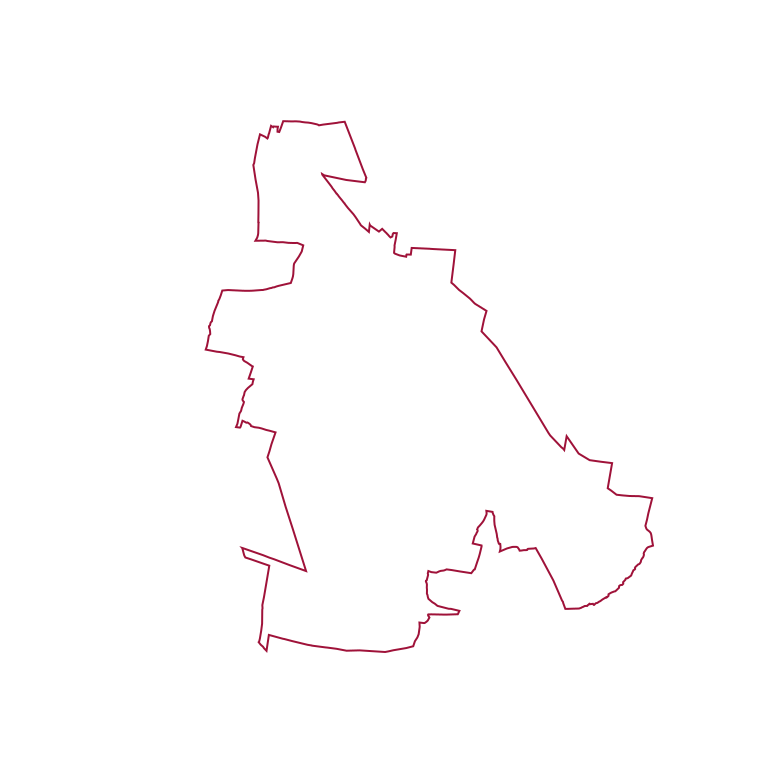 the district of San Pedro Cholula, Puebla, Mexico, rotated 249°
{"feature_id": "50627088B56415606246768", "entity_name": "San Pedro Cholula", "entity_type": "district", "adm_level": 2, "iso_a3": "MEX", "parent_name": "Mexico", "parent_adm1": "Puebla", "projection": "robinson", "projection_center": [-98.345, 19.072], "detail": "fine", "context": "isolated", "style": "outline", "palette": "rose", "viewbox_px": 768, "rotation_deg": 249, "n_neighbors": 0, "source": "geoboundaries", "source_scale": "gbopen_adm2", "svg_char_len": 6154}
<svg xmlns="http://www.w3.org/2000/svg" viewBox="0 0 768 768"><g transform="rotate(249 384 384)"><path d="M142.6,370.4L145.2,373.1L150.1,365.9L151.0,363.8L157.7,354.4L160.7,352.7L163.0,350.9L167.5,348.5L169.4,348.6L171.6,349.0L172.8,348.9L176.5,350.4L178.6,351.0L181.4,352.2L182.6,352.4L183.7,352.4L184.5,352.3L185.3,352.7L185.4,353.5L190.0,356.8L191.5,357.0L193.5,358.4L191.4,360.8L189.1,365.2L189.2,367.2L189.3,368.3L189.2,370.0L188.5,372.8L188.4,373.9L188.5,376.0L186.0,380.6L181.8,387.7L176.1,397.7L178.4,401.4L178.4,402.3L184.4,407.2L188.1,410.3L190.9,412.4L197.4,416.9L198.3,417.2L203.3,409.7L209.1,413.9L210.9,416.3L211.8,417.1L212.9,418.5L213.6,418.9L214.3,419.0L214.8,418.8L216.4,420.3L217.6,422.8L219.1,425.5L220.2,427.3L221.5,428.9L225.3,432.8L226.6,433.5L228.9,434.1L225.7,439.5L224.8,439.3L222.5,439.3L221.0,439.6L219.6,439.0L216.7,437.9L212.9,436.8L203.6,435.5L199.9,434.6L199.3,434.7L197.0,434.1L195.4,434.1L194.1,434.0L193.4,434.2L193.4,434.8L193.1,435.2L191.5,434.8L189.9,434.3L188.0,433.4L186.1,432.1L186.4,439.9L185.9,445.4L185.2,447.5L184.4,449.4L183.7,450.2L181.0,450.9L179.8,450.9L179.4,452.1L178.8,454.9L178.0,457.1L177.8,457.9L177.8,458.3L178.4,458.8L178.5,459.4L176.7,465.1L176.5,466.8L164.6,468.6L139.9,471.7L118.1,472.6L116.4,473.0L115.3,472.8L109.1,472.7L108.1,475.3L106.9,478.8L104.5,485.6L104.4,487.8L104.6,489.0L104.6,490.7L104.8,491.3L104.8,491.9L104.2,493.6L104.0,494.3L104.5,494.9L104.7,496.0L105.2,496.9L105.2,497.2L104.6,497.4L103.9,500.3L102.7,500.6L102.5,501.1L103.4,503.0L103.2,504.8L103.7,506.8L103.8,508.2L104.5,510.5L105.2,514.4L105.3,515.0L104.9,515.0L105.0,515.9L105.8,517.7L107.2,518.2L107.4,518.9L107.8,521.5L107.8,524.6L107.6,525.7L109.5,530.3L111.1,531.1L111.4,531.9L111.5,532.8L111.3,533.6L111.1,534.5L111.8,535.8L113.3,536.2L114.7,539.1L115.7,540.0L115.6,540.7L115.4,541.9L116.6,546.1L118.2,547.5L119.9,549.3L120.7,550.0L121.0,551.6L121.4,552.2L122.3,552.3L123.1,553.2L124.0,555.5L124.4,556.3L124.5,558.0L125.1,559.0L125.9,560.0L127.5,561.0L128.9,562.8L129.2,563.6L130.6,564.9L131.5,565.5L132.7,565.7L133.8,566.6L134.3,567.4L136.2,570.0L136.7,570.9L137.0,571.9L137.0,573.2L136.7,577.2L142.2,578.3L146.1,579.2L147.7,579.5L149.2,579.6L150.9,579.1L154.0,577.3L155.1,577.1L157.9,577.2L163.2,581.0L168.5,584.4L181.3,593.5L187.8,582.1L191.4,573.2L194.5,566.8L197.3,561.4L203.2,557.8L206.5,555.5L228.4,568.6L233.6,558.8L239.2,548.7L249.3,540.8L269.8,535.8L257.8,528.6L259.6,528.0L261.4,526.9L276.4,520.7L279.4,520.0L340.8,509.1L360.7,505.3L377.9,502.2L398.2,493.9L408.4,500.5L415.5,505.9L426.2,497.8L427.6,497.1L431.0,495.7L433.0,494.8L440.5,490.5L444.9,487.8L451.4,484.9L454.5,483.2L471.0,492.0L483.4,498.5L492.1,478.9L493.7,475.4L493.8,475.3L501.1,458.6L495.2,455.4L496.8,451.5L496.7,451.3L494.9,450.3L498.4,444.7L501.7,441.0L502.8,440.4L503.1,440.5L508.1,443.0L509.6,443.5L514.5,446.6L520.2,450.0L521.5,447.0L521.3,446.8L520.9,446.0L518.7,444.6L518.5,442.6L520.0,441.9L522.5,441.0L523.0,440.7L524.0,440.4L524.7,440.0L529.5,437.9L528.1,433.9L536.9,427.9L537.9,427.8L531.4,424.4L535.9,422.0L540.1,419.5L540.9,419.2L541.8,419.1L550.2,417.2L553.5,416.3L561.3,413.4L566.2,411.9L566.6,412.0L567.3,411.6L571.3,410.4L572.7,409.9L575.8,408.9L576.9,408.7L577.7,408.3L578.5,408.2L578.7,407.9L581.9,407.1L585.1,406.1L586.8,405.8L592.3,404.2L601.6,401.4L602.2,401.5L600.2,403.0L588.0,421.9L579.2,438.4L580.2,439.6L581.4,440.4L582.4,440.8L582.8,441.4L592.2,441.2L613.1,441.3L614.0,441.4L642.9,441.3L644.4,435.4L644.6,433.9L645.9,428.6L648.0,420.1L648.8,416.0L649.1,415.9L650.4,414.5L653.6,409.7L655.2,406.9L656.5,404.1L657.9,401.5L659.1,399.6L660.8,395.9L662.2,392.0L665.5,384.1L660.2,379.6L656.8,376.5L657.7,375.0L660.4,376.1L662.2,377.2L662.9,375.5L664.0,373.2L663.9,372.9L663.5,372.5L665.5,371.1L659.0,366.4L658.6,365.9L655.5,363.8L655.0,363.1L657.4,361.6L661.5,357.7L653.1,351.8L641.1,344.4L636.7,341.9L635.3,340.5L621.1,337.4L607.7,334.9L600.2,332.6L587.7,327.7L580.0,324.6L579.8,324.9L579.6,324.9L579.2,324.5L569.8,320.6L568.2,319.7L566.1,318.1L563.8,315.3L560.2,325.1L559.4,326.2L554.4,335.5L552.7,340.3L550.0,345.4L547.7,350.9L546.8,353.6L542.4,358.3L537.2,354.7L533.5,350.2L528.9,343.6L528.3,343.0L526.9,342.2L519.1,338.7L517.0,337.5L515.4,336.3L511.7,333.2L513.4,320.8L513.6,318.5L513.6,316.2L514.0,314.8L514.0,313.2L514.3,312.0L514.6,308.1L515.1,305.4L515.1,304.8L515.5,303.8L518.2,294.8L519.5,291.0L521.5,286.0L527.6,272.1L529.2,266.5L525.4,263.5L522.4,260.8L520.8,258.9L520.3,258.8L519.7,258.3L513.0,252.0L508.7,248.6L504.2,245.8L503.7,244.5L503.0,243.8L501.2,242.6L500.7,241.4L500.3,241.2L499.1,240.9L498.4,240.9L498.0,241.0L495.9,240.6L492.9,239.7L491.8,237.7L487.1,235.0L482.9,232.3L480.0,229.9L474.0,239.6L472.8,242.0L468.3,249.5L464.0,255.7L461.4,259.1L459.4,262.4L457.8,261.1L457.3,261.1L455.6,261.7L452.8,264.0L448.1,267.1L447.4,267.8L442.6,263.9L437.5,259.6L435.1,264.0L433.4,262.6L431.0,261.1L429.1,255.6L427.8,252.9L426.4,251.0L423.6,249.2L423.2,248.7L420.5,246.4L419.5,246.2L418.3,246.5L417.4,246.8L415.9,245.7L412.7,242.7L410.1,240.9L408.2,238.4L403.2,235.3L399.4,232.9L396.8,230.4L394.9,233.9L395.0,234.2L395.6,234.9L400.4,238.7L398.9,240.2L397.2,241.6L397.0,242.7L396.3,243.3L394.8,244.3L393.7,244.8L392.4,244.8L390.1,247.6L388.0,251.5L386.3,253.9L383.3,257.6L381.4,260.4L377.7,265.4L368.2,257.4L362.3,253.0L357.3,248.9L333.9,250.0L329.1,250.1L303.9,248.1L303.5,248.1L281.3,246.9L237.3,244.2L248.8,230.9L259.6,218.8L263.1,214.6L267.5,209.8L281.5,193.2L281.8,192.8L281.5,192.9L275.2,192.2L273.9,192.1L271.7,192.4L267.8,197.2L259.0,207.6L255.5,211.8L241.6,203.6L228.1,195.6L221.2,191.2L218.1,190.2L217.0,189.5L216.0,189.1L203.9,184.3L197.6,180.9L190.8,176.9L188.5,175.3L188.1,174.9L187.9,174.5L184.7,175.5L182.1,176.9L180.3,177.3L177.0,178.7L191.0,186.6L182.4,198.3L181.6,199.6L176.8,206.3L167.9,219.2L165.8,222.8L165.6,222.9L159.1,234.9L158.3,236.5L153.8,244.8L148.4,253.5L144.1,265.7L133.4,289.0L132.8,292.3L132.1,297.2L129.5,310.2L128.7,317.3L132.8,320.7L135.4,324.3L138.0,326.7L144.5,330.3L148.6,331.6L146.5,335.6L146.3,336.3L146.8,338.4L147.5,340.1L149.7,342.7L151.6,342.3L152.6,342.3L153.0,342.8L152.0,345.6L146.6,358.9L142.6,370.4Z" fill="none" stroke="#9f1239" stroke-width="2"/></g></svg>